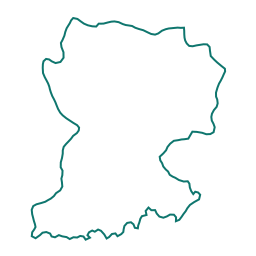 the district of Pirajuba, Minas Gerais, Brazil, rotated 269°
{"feature_id": "56859067B45314161307428", "entity_name": "Pirajuba", "entity_type": "district", "adm_level": 2, "iso_a3": "BRA", "parent_name": "Brazil", "parent_adm1": "Minas Gerais", "projection": "albers", "projection_center": [-48.671, -19.943], "detail": "fine", "context": "isolated", "style": "outline", "palette": "teal", "viewbox_px": 256, "rotation_deg": 269, "n_neighbors": 0, "source": "geoboundaries", "source_scale": "gbopen_adm2", "svg_char_len": 2809}
<svg xmlns="http://www.w3.org/2000/svg" viewBox="0 0 256 256"><g transform="rotate(269 128 128)"><path d="M21.5,29.9L19.4,33.7L22.4,38.1L24.8,40.7L25.4,44.5L23.8,48.3L20.9,49.7L20.0,53.1L22.1,57.0L20.8,60.4L20.0,64.7L18.0,67.8L19.7,71.5L19.4,75.3L20.9,78.3L20.3,81.6L17.1,83.7L19.0,88.0L21.5,85.6L24.4,87.2L26.1,90.4L24.9,93.0L27.0,96.3L25.7,99.2L22.0,102.4L17.9,104.7L19.3,107.2L22.3,110.1L22.8,113.6L20.0,115.6L22.0,119.4L24.1,121.5L26.9,121.9L30.1,122.7L33.1,125.5L33.7,129.3L31.6,131.8L28.1,133.1L27.5,136.1L30.3,136.5L33.4,137.7L37.1,138.8L39.6,140.4L40.7,145.0L44.7,144.2L48.1,147.1L45.4,149.9L45.4,153.7L42.0,155.2L38.9,157.8L37.7,161.8L38.9,165.3L40.7,168.5L40.5,172.4L37.9,174.5L34.0,174.3L35.3,177.7L38.2,180.0L41.2,182.1L43.8,184.2L46.7,185.9L50.0,188.6L52.8,192.9L55.4,197.8L60.0,199.0L62.3,197.0L63.1,194.1L60.8,192.1L63.8,190.1L67.4,188.8L71.3,188.4L73.7,186.8L73.5,182.8L75.1,178.0L77.4,174.4L78.6,171.8L80.5,168.9L83.8,167.3L85.9,165.0L88.9,162.6L92.2,161.5L95.1,159.7L98.7,159.2L102.0,162.9L105.1,165.7L108.4,167.2L111.6,169.9L114.4,173.6L115.0,178.2L115.6,181.2L115.8,184.2L116.3,188.1L120.3,190.5L123.2,192.3L122.9,196.7L121.9,202.1L120.4,206.2L120.5,210.2L122.3,213.5L127.3,214.7L130.8,213.5L134.0,211.9L137.6,211.5L140.8,212.2L144.4,214.2L147.6,217.0L151.1,218.1L155.0,217.7L157.8,216.6L161.8,216.6L166.9,218.2L170.8,219.8L173.6,221.5L177.0,223.3L180.3,224.8L182.9,226.1L185.6,225.9L188.2,222.7L192.0,218.3L194.8,215.4L198.5,212.0L203.9,211.3L207.6,211.0L210.2,208.6L210.4,205.0L209.9,201.5L209.4,197.9L208.6,194.1L209.0,190.6L211.5,188.2L214.5,186.7L217.3,186.1L220.7,185.9L224.2,185.9L227.3,185.7L227.2,182.5L227.5,179.4L227.1,174.4L226.8,170.5L226.1,167.4L224.7,163.7L222.0,159.9L220.9,156.7L221.6,152.8L223.4,149.1L225.5,145.0L226.8,140.6L228.1,137.0L229.9,133.9L230.5,130.6L231.0,127.5L232.0,124.6L234.0,120.5L234.8,116.3L234.6,113.1L233.9,109.8L232.8,105.3L232.8,100.5L230.0,98.0L230.3,94.0L231.4,89.6L233.1,85.8L235.2,82.9L237.9,79.4L238.9,75.1L236.6,73.0L233.9,71.7L231.3,70.0L228.8,68.4L225.2,67.0L221.4,66.0L217.0,64.0L214.2,62.4L210.0,62.9L204.9,64.8L199.4,64.8L195.2,61.6L194.2,56.7L196.0,52.9L197.9,50.4L198.5,47.3L196.2,44.7L193.2,44.0L189.7,43.8L184.4,44.0L180.4,45.6L177.1,47.3L173.9,48.9L170.8,50.0L168.0,50.6L164.9,51.5L161.1,52.9L158.0,54.5L154.9,55.9L151.9,57.0L148.3,58.4L144.5,60.5L141.8,62.9L138.8,66.5L136.4,70.0L134.0,73.5L131.7,77.2L129.2,79.1L126.4,78.7L123.8,76.8L121.1,73.0L118.3,70.9L115.6,68.3L113.0,65.7L110.3,63.4L106.8,62.4L103.5,62.3L99.2,61.5L94.8,60.2L89.9,60.0L86.5,61.8L81.9,61.5L78.5,60.5L74.9,61.0L70.6,61.3L66.8,59.1L64.1,54.9L61.2,52.7L58.7,49.5L57.2,46.6L55.7,44.0L54.5,39.9L53.3,35.1L51.6,31.9L47.9,30.3L43.4,30.7L40.2,31.5L36.7,32.3L33.4,33.3L30.6,33.8L28.1,32.4L25.4,30.4L21.5,29.9Z" fill="none" stroke="#0f766e" stroke-width="2"/></g></svg>